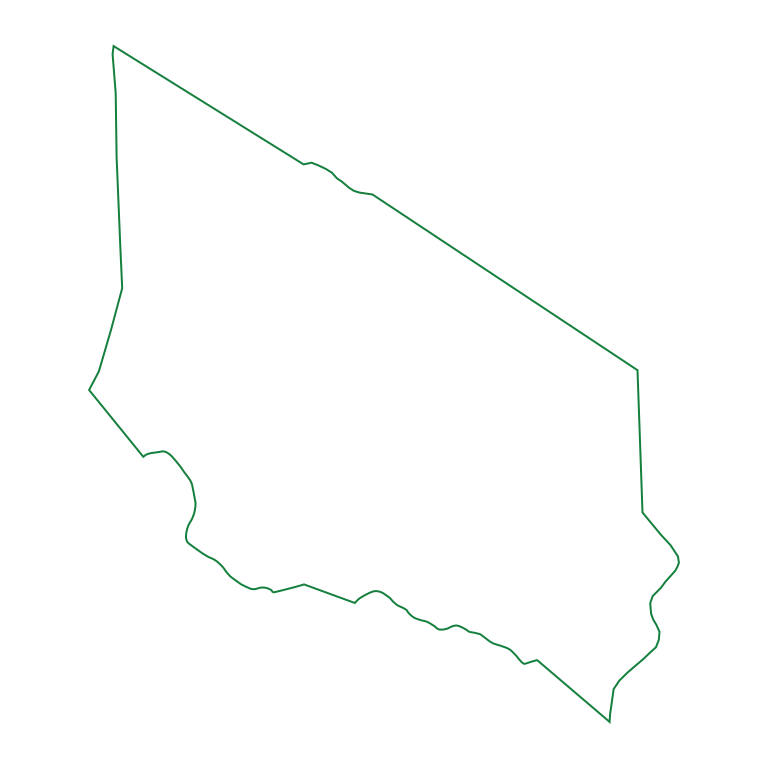 San Miguelito, Francisco Morazán, Honduras
{"feature_id": "27666195B71574157318497", "entity_name": "San Miguelito", "entity_type": "district", "adm_level": 2, "iso_a3": "HND", "parent_name": "Honduras", "parent_adm1": "Francisco Morazán", "projection": "orthographic", "projection_center": [-87.496, 13.751], "detail": "fine", "context": "isolated", "style": "outline", "palette": "green", "viewbox_px": 768, "rotation_deg": 0, "n_neighbors": 0, "source": "geoboundaries", "source_scale": "gbopen_adm2", "svg_char_len": 6038}
<svg xmlns="http://www.w3.org/2000/svg" viewBox="0 0 768 768"><path d="M637.5,370.2L475.3,262.7L372.5,194.5L363.8,193.2L359.6,192.6L354.0,190.9L349.4,188.0L341.8,181.6L336.9,178.3L331.8,172.6L325.6,168.8L318.4,165.4L311.5,162.7L303.6,164.4L113.6,46.1L112.6,54.2L115.7,93.3L116.6,157.0L120.3,246.5L122.2,288.2L110.9,330.3L98.9,371.3L89.1,390.0L143.3,456.8L143.8,456.4L144.3,456.0L145.1,455.4L145.7,454.9L145.9,454.8L146.3,454.6L146.7,454.4L147.0,454.3L148.5,453.8L150.5,453.2L151.0,453.1L152.6,452.9L154.2,452.7L156.1,452.4L158.1,452.1L159.0,452.0L161.0,451.6L162.3,451.4L162.7,451.4L163.3,451.4L164.0,451.5L164.4,451.5L164.9,451.7L165.6,451.9L166.1,452.2L166.5,452.3L166.8,452.5L167.6,452.9L168.3,453.4L169.2,454.1L170.2,454.8L171.1,455.6L171.6,456.2L172.2,456.7L172.7,457.3L174.0,458.9L175.4,460.4L176.5,461.8L180.0,466.1L180.6,466.9L180.9,467.2L182.6,469.8L183.9,471.7L185.0,473.2L187.6,476.6L189.3,479.0L190.0,480.0L190.5,481.0L191.1,482.1L191.4,482.8L191.7,483.7L192.0,484.6L192.3,485.5L192.4,486.3L193.5,491.8L194.8,498.8L195.3,501.5L195.4,501.9L195.4,502.4L195.5,502.9L195.5,503.3L195.5,503.8L195.5,504.4L195.5,505.1L195.4,506.5L195.2,507.9L195.1,508.6L195.0,509.4L194.9,510.0L194.7,511.1L194.4,512.2L194.3,512.7L194.0,513.8L193.8,514.5L193.5,515.1L193.3,515.8L193.0,516.5L192.5,517.8L192.2,518.5L191.8,519.3L191.4,520.0L190.8,521.2L190.3,521.9L189.7,522.8L189.3,523.5L189.1,524.0L188.8,524.5L188.6,525.0L188.4,525.4L187.9,526.7L187.7,527.4L187.3,528.6L186.7,530.8L186.6,531.6L186.3,532.7L186.3,533.1L186.1,534.3L186.1,535.1L186.0,536.0L186.0,536.4L186.0,537.4L186.1,538.1L186.1,538.5L186.2,538.8L186.4,539.5L186.5,539.8L186.7,540.5L186.9,541.0L187.1,541.5L187.3,541.9L187.6,542.2L187.9,542.6L188.2,542.9L188.4,543.1L188.7,543.4L189.0,543.6L190.4,544.7L193.4,546.9L200.1,551.7L201.9,553.0L203.5,554.0L205.6,555.3L208.1,556.8L208.7,557.1L209.7,557.5L210.3,557.8L211.4,558.2L212.3,558.6L212.9,558.9L213.8,559.4L214.5,559.8L215.3,560.3L216.0,560.8L217.0,561.5L218.0,562.3L218.4,562.8L219.4,563.6L220.1,564.3L220.8,565.0L221.5,565.7L222.4,566.6L223.4,567.8L224.1,568.7L224.7,569.6L225.2,570.3L225.6,571.0L226.1,571.6L226.5,572.2L227.4,573.2L228.0,573.9L228.6,574.6L229.7,575.7L230.1,576.2L230.8,576.8L231.3,577.2L233.4,578.8L236.0,580.7L239.1,582.9L240.2,583.7L240.6,584.0L241.3,584.4L243.3,585.4L245.5,586.5L246.5,587.0L248.2,587.7L248.8,588.0L249.7,588.4L250.3,588.6L251.2,588.9L251.7,589.0L252.0,589.0L252.5,589.1L253.1,589.1L253.6,589.2L254.3,589.1L254.7,589.1L255.6,589.0L256.4,588.8L256.9,588.7L257.4,588.5L258.0,588.3L258.6,588.1L259.4,587.9L260.2,587.7L261.0,587.6L261.5,587.6L262.6,587.5L263.2,587.5L263.9,587.6L264.6,587.6L265.2,587.7L266.3,588.0L267.1,588.2L267.4,588.3L268.1,588.5L268.4,588.6L269.4,589.1L269.9,589.3L270.6,589.7L270.8,589.8L271.2,590.1L271.6,590.4L271.8,590.8L272.0,591.0L272.2,591.4L272.3,591.6L272.5,591.8L272.8,592.0L273.0,592.1L273.5,592.2L273.9,592.3L274.3,592.2L274.6,592.2L283.9,589.9L293.2,587.5L295.8,586.8L298.3,586.1L301.2,585.3L304.0,584.4L354.9,603.0L355.7,602.0L356.2,601.5L356.7,601.0L357.7,600.0L358.4,599.3L358.9,598.9L359.3,598.6L359.8,598.2L360.4,597.8L362.6,596.5L364.8,595.2L365.8,594.7L367.4,593.9L369.2,593.0L371.0,592.2L372.3,591.8L372.9,591.6L373.3,591.4L373.8,591.3L374.4,591.2L374.7,591.2L375.3,591.1L375.9,591.1L376.5,591.1L377.1,591.2L377.8,591.3L378.2,591.3L378.6,591.4L379.7,591.7L380.5,592.0L381.6,592.4L382.0,592.6L382.5,592.8L383.5,593.4L384.3,594.0L386.1,595.2L387.2,596.0L388.3,596.8L389.7,597.8L390.2,598.3L390.6,598.7L391.0,599.2L391.6,599.9L392.0,600.4L392.7,601.2L393.2,601.7L394.1,602.5L395.2,603.5L396.3,604.4L396.7,604.7L397.1,605.0L397.7,605.4L398.2,605.6L398.9,606.0L399.3,606.2L400.9,606.9L401.8,607.2L402.6,607.7L403.5,608.1L404.8,608.9L405.4,609.2L405.9,609.6L406.4,609.9L406.7,610.2L407.0,610.5L407.4,611.0L407.6,611.6L407.8,611.9L408.2,612.5L408.5,612.9L408.8,613.2L409.3,613.7L410.0,614.5L410.9,615.2L411.3,615.6L411.8,616.0L412.6,616.7L413.1,617.0L413.7,617.4L414.0,617.6L414.5,617.9L415.0,618.2L415.3,618.3L417.0,618.9L417.9,619.2L419.3,619.7L420.6,620.1L422.1,620.5L423.0,620.7L424.7,621.1L426.2,621.5L426.9,621.8L427.6,622.1L428.2,622.4L430.7,623.8L432.0,624.6L433.6,625.6L434.2,626.0L434.8,626.4L435.1,626.7L435.7,627.2L436.1,627.6L436.5,628.0L437.1,628.5L437.3,628.6L438.0,629.0L438.6,629.2L439.1,629.4L439.5,629.5L439.8,629.5L440.1,629.6L440.5,629.6L440.9,629.6L441.3,629.6L441.6,629.6L442.4,629.6L443.3,629.5L444.0,629.4L444.4,629.3L445.2,629.2L445.9,629.0L446.6,628.8L447.6,628.5L448.0,628.3L448.7,628.0L449.1,627.8L450.2,627.2L450.8,626.9L451.3,626.7L451.8,626.5L452.6,626.2L453.2,626.0L453.8,625.9L454.9,625.6L455.4,625.6L455.9,625.5L456.6,625.5L457.1,625.6L457.6,625.7L458.2,625.8L458.4,625.9L459.0,626.0L459.3,626.2L461.0,626.9L462.9,627.8L464.7,628.8L465.7,629.3L466.4,629.8L467.4,630.5L468.4,631.3L468.8,631.5L469.3,631.7L469.7,631.9L470.2,632.0L470.6,632.1L471.2,632.2L472.4,632.4L473.0,632.5L473.6,632.6L474.7,632.8L477.4,633.5L479.6,634.0L479.9,634.1L480.1,634.2L480.4,634.4L480.9,634.7L482.2,635.6L483.4,636.6L485.0,637.8L488.0,640.1L488.9,640.8L489.9,641.5L491.2,642.3L492.5,643.0L493.1,643.4L493.8,643.6L494.5,643.9L495.9,644.3L498.4,645.1L499.9,645.5L502.4,646.4L504.9,647.2L505.4,647.4L506.6,647.9L507.4,648.2L508.1,648.6L508.6,648.8L509.1,649.1L509.8,649.6L510.1,649.8L510.6,650.1L510.9,650.4L511.5,650.9L511.6,651.0L513.0,652.4L514.3,653.7L515.6,655.1L516.3,655.8L516.7,656.4L517.2,656.9L519.1,659.4L520.1,660.4L520.6,661.0L521.0,661.4L521.6,662.1L522.3,662.6L522.8,663.0L523.3,663.4L523.5,663.5L523.9,663.7L524.1,663.8L524.3,663.8L524.5,663.8L525.1,663.7L525.8,663.5L527.0,663.2L527.8,662.9L532.1,661.5L533.4,661.1L535.7,660.5L537.2,660.2L609.6,721.9L610.1,714.0L612.0,700.9L613.6,689.2L619.5,680.4L627.8,672.3L636.3,665.0L643.4,659.0L649.1,653.5L656.0,647.2L658.8,639.9L659.5,631.9L656.5,625.1L653.2,619.5L651.1,613.7L650.2,603.2L652.7,596.1L661.0,587.7L665.5,581.6L670.1,576.5L675.2,570.8L677.2,567.2L678.9,562.9L678.0,556.5L670.4,545.0L661.1,535.0L642.5,512.5L637.5,370.2Z" fill="none" stroke="#15803d" stroke-width="2"/></svg>